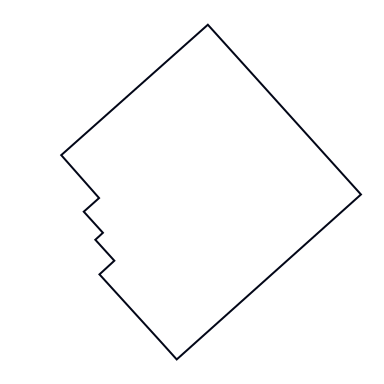 Hancock, Ohio, United States of America, rotated 138°
{"feature_id": "52423323B63270252094254", "entity_name": "Hancock", "entity_type": "district", "adm_level": 2, "iso_a3": "USA", "parent_name": "United States of America", "parent_adm1": "Ohio", "projection": "robinson", "projection_center": [-83.556, 40.993], "detail": "fine", "context": "isolated", "style": "outline", "palette": "ink", "viewbox_px": 384, "rotation_deg": 138, "n_neighbors": 0, "source": "geoboundaries", "source_scale": "gbopen_adm2", "svg_char_len": 316}
<svg xmlns="http://www.w3.org/2000/svg" viewBox="0 0 384 384"><g transform="rotate(138 192 192)"><path d="M315.4,77.8L68.1,77.1L68.2,239.7L68.3,305.7L264.5,306.9L265.1,249.7L285.6,249.8L285.5,221.3L295.8,221.2L295.7,192.9L315.9,192.7L315.4,101.8L315.4,77.8Z" fill="none" stroke="#020617" stroke-width="2"/></g></svg>